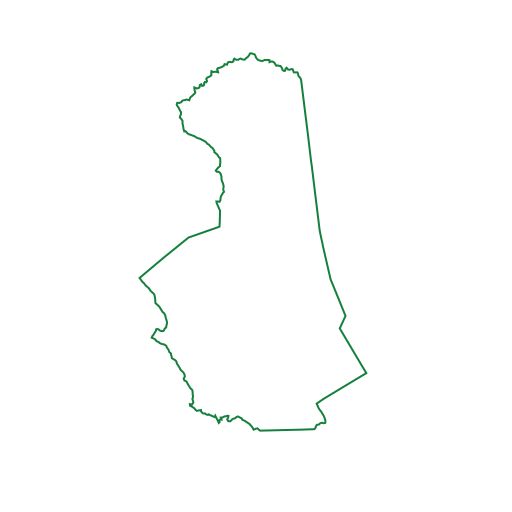 the district of Riacho de Santana, Bahia, Brazil, rotated 144°
{"feature_id": "56859067B6273333870368", "entity_name": "Riacho de Santana", "entity_type": "district", "adm_level": 2, "iso_a3": "BRA", "parent_name": "Brazil", "parent_adm1": "Bahia", "projection": "equal_earth", "projection_center": [-43.019, -13.644], "detail": "fine", "context": "isolated", "style": "outline", "palette": "green", "viewbox_px": 512, "rotation_deg": 144, "n_neighbors": 0, "source": "geoboundaries", "source_scale": "gbopen_adm2", "svg_char_len": 4883}
<svg xmlns="http://www.w3.org/2000/svg" viewBox="0 0 512 512"><g transform="rotate(144 256 256)"><path d="M115.9,372.3L115.5,374.2L115.8,376.0L115.6,377.4L114.9,378.6L114.6,380.3L116.3,381.4L117.5,382.4L117.0,383.9L116.6,385.7L117.8,386.5L119.2,386.8L120.5,388.1L120.6,390.3L122.2,390.1L123.4,388.8L124.5,389.1L125.2,390.8L124.5,393.2L124.5,395.3L125.5,396.1L126.2,397.3L127.8,398.0L127.7,399.5L127.5,401.7L128.3,403.6L129.6,404.5L131.1,404.9L130.0,406.6L131.3,407.8L132.4,408.3L133.6,409.4L135.4,409.8L136.6,410.2L137.7,411.5L139.0,413.2L139.4,415.2L139.3,416.7L138.9,418.0L138.6,419.9L139.5,421.0L140.5,422.6L141.8,423.4L143.5,422.5L145.6,421.9L147.0,421.9L148.2,421.8L149.5,421.5L150.5,422.0L151.6,423.3L152.4,424.8L153.6,425.1L155.0,425.2L156.6,426.3L157.5,428.4L158.7,428.0L159.9,426.7L161.6,426.9L162.9,428.3L164.3,429.1L165.6,428.8L166.9,427.8L168.7,429.7L170.1,428.8L172.3,429.0L173.6,429.3L175.1,429.7L176.6,430.4L177.8,429.8L178.1,428.3L178.7,426.9L179.9,428.4L181.1,429.3L182.5,430.0L183.4,431.7L184.7,430.3L185.6,428.6L186.8,428.4L188.6,428.5L190.4,429.0L192.2,428.5L192.8,426.3L194.2,425.8L195.1,426.8L196.3,426.4L197.2,425.1L198.4,424.7L199.6,425.3L199.4,427.2L201.1,427.3L201.9,426.1L203.0,425.6L204.1,425.8L205.4,426.3L206.8,428.6L207.8,427.1L208.4,425.7L208.8,424.2L210.2,423.4L211.6,423.4L213.0,423.1L214.4,423.0L215.6,423.0L217.3,422.1L218.4,421.2L219.3,422.3L220.3,423.5L221.7,423.8L223.0,424.5L224.4,425.0L226.0,424.4L227.9,424.8L229.7,426.2L231.1,425.2L231.4,423.8L231.4,421.8L231.9,418.7L232.2,416.3L233.5,414.7L234.7,414.1L236.2,412.9L235.9,410.4L236.1,408.3L237.4,406.7L238.0,405.4L239.1,403.0L240.1,401.0L240.8,398.9L239.7,398.5L239.4,396.9L239.4,395.5L238.6,393.7L237.5,392.3L236.3,390.4L235.4,389.1L234.8,387.7L234.1,385.8L232.9,384.5L231.9,382.9L231.4,381.6L230.6,380.3L230.0,378.9L229.5,377.2L229.4,375.3L228.6,373.6L228.5,372.1L228.3,370.4L227.7,369.1L227.8,367.3L227.9,365.5L228.7,364.5L228.1,362.5L227.7,360.5L227.9,359.1L227.9,357.6L227.5,356.3L228.2,355.0L229.2,353.7L230.1,352.3L231.2,351.3L232.4,349.8L234.4,349.8L236.5,349.3L238.4,348.7L238.1,347.1L236.7,346.1L236.2,343.8L236.8,341.8L237.4,340.3L238.7,338.6L239.6,336.3L240.0,334.3L240.8,332.2L241.6,330.9L242.6,330.0L243.5,328.9L244.2,326.7L245.7,326.5L247.0,325.8L249.0,325.0L250.5,323.9L251.9,322.1L253.7,321.3L254.8,322.5L256.0,323.4L256.7,321.9L258.5,313.7L262.9,308.0L263.8,306.9L265.0,305.2L268.3,301.2L274.9,303.1L278.0,304.1L299.7,310.6L307.3,310.2L312.7,309.9L320.3,309.5L330.4,309.0L363.1,306.7L363.1,301.8L362.6,299.6L362.6,297.3L362.0,294.5L361.6,292.4L361.8,289.8L360.9,285.4L361.2,283.7L362.1,281.9L362.8,280.5L364.0,278.7L365.0,277.1L364.7,275.3L364.3,273.7L364.0,271.7L364.2,269.4L364.3,267.8L364.5,265.9L364.0,263.7L364.2,261.6L365.1,259.6L365.9,257.4L366.4,255.9L367.1,254.3L368.7,252.9L369.9,251.9L370.7,251.0L372.3,251.0L373.9,250.1L375.0,249.8L376.4,250.5L377.6,252.2L377.9,253.8L378.7,254.9L379.8,255.4L380.8,254.4L382.2,253.8L383.4,253.4L384.9,252.7L386.0,252.3L387.1,252.1L388.4,251.2L387.6,249.9L386.6,248.0L386.5,245.6L385.4,243.7L385.1,242.1L384.1,240.5L383.3,239.4L382.3,238.5L381.4,236.1L381.9,234.3L381.9,231.6L382.6,229.2L382.1,227.2L382.8,226.0L383.2,224.7L384.1,222.7L383.2,220.7L382.5,218.9L382.5,217.1L383.2,215.7L383.3,213.8L383.4,211.8L383.6,209.9L383.9,208.2L383.5,206.0L383.2,204.1L383.5,202.2L384.3,200.4L385.3,199.9L386.5,199.4L387.1,197.5L386.0,195.3L386.4,192.8L386.6,190.3L386.8,187.5L386.3,185.0L387.4,182.9L388.5,181.4L389.4,179.6L390.3,178.5L391.5,177.8L392.1,175.8L392.9,174.2L394.1,173.9L395.2,173.4L396.6,175.0L397.4,173.6L396.4,171.9L395.9,170.4L395.4,169.1L395.4,167.5L394.9,165.5L392.9,164.6L391.1,163.7L391.8,162.7L391.7,161.0L391.2,159.5L389.8,158.6L389.4,157.1L388.3,155.7L387.3,155.7L386.8,154.3L385.9,153.1L385.1,151.4L384.1,150.1L382.8,150.8L383.2,148.8L383.4,146.8L383.8,144.7L384.2,142.8L383.1,143.0L382.3,144.7L381.1,144.8L380.1,143.9L379.5,146.0L378.0,145.0L376.8,144.9L375.6,144.7L374.5,143.9L373.2,143.7L372.3,142.8L373.7,141.5L375.4,140.6L375.5,138.6L373.9,137.4L372.3,137.7L370.4,137.8L368.2,137.0L366.6,137.2L364.9,136.8L364.3,135.5L363.7,134.3L363.0,132.9L363.3,131.4L362.2,129.8L361.4,127.7L360.7,125.8L360.0,124.0L359.7,120.5L359.7,118.6L360.0,116.9L358.7,116.5L357.4,116.3L356.2,115.7L355.8,114.2L355.4,112.4L353.9,111.3L339.4,101.3L324.9,91.3L321.3,88.8L310.6,81.6L308.7,82.1L307.5,83.1L306.0,83.6L304.2,82.7L302.5,82.9L300.8,82.5L299.8,81.1L298.1,80.3L296.9,81.6L296.2,83.1L295.7,84.7L295.2,86.7L295.0,88.7L294.9,90.6L294.7,92.0L294.9,93.8L294.7,96.4L294.2,98.8L293.7,100.9L285.2,100.7L258.5,98.4L235.6,96.4L234.7,106.3L231.7,138.6L230.8,148.2L218.8,154.9L211.2,185.7L209.4,193.2L196.3,224.1L194.8,227.3L192.5,232.6L189.4,239.4L179.0,258.1L171.6,271.5L157.7,296.5L157.0,297.9L155.4,300.9L142.2,324.5L141.2,326.3L139.5,329.4L119.8,365.1L117.0,370.1L115.9,372.3Z" fill="none" stroke="#15803d" stroke-width="2"/></g></svg>